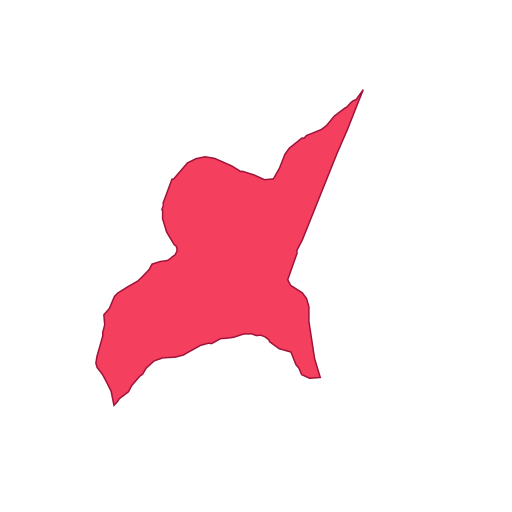 Antigua Guatemala, Sacatepéquez, Guatemala, rotated 206°
{"feature_id": "79465075B72939253081387", "entity_name": "Antigua Guatemala", "entity_type": "district", "adm_level": 2, "iso_a3": "GTM", "parent_name": "Guatemala", "parent_adm1": "Sacatepéquez", "projection": "robinson", "projection_center": [-90.724, 14.538], "detail": "fine", "context": "isolated", "style": "filled", "palette": "rose", "viewbox_px": 512, "rotation_deg": 206, "n_neighbors": 0, "source": "geoboundaries", "source_scale": "gbopen_adm2", "svg_char_len": 1466}
<svg xmlns="http://www.w3.org/2000/svg" viewBox="0 0 512 512"><g transform="rotate(206 256 256)"><path d="M367.0,136.5L361.8,127.8L360.2,119.9L358.7,117.1L354.9,95.8L352.9,89.4L349.9,86.1L341.8,82.1L333.5,76.0L326.9,70.9L318.2,59.5L316.7,64.4L316.3,67.8L311.1,78.1L310.9,85.1L307.7,97.2L306.1,99.9L305.6,106.9L301.5,117.2L295.1,123.6L284.2,129.7L277.7,135.3L275.5,138.7L266.8,151.2L260.5,156.8L257.5,157.8L251.6,166.2L247.2,168.7L240.5,173.1L232.9,180.5L225.8,184.1L220.8,184.6L217.0,186.9L212.6,187.3L207.6,186.3L206.2,184.9L194.5,182.8L182.5,185.0L172.4,175.8L168.4,174.1L163.0,169.4L154.2,169.6L145.0,175.0L158.4,189.5L179.9,220.6L186.2,233.6L192.0,240.0L198.2,243.2L212.0,244.8L217.1,248.6L220.3,276.3L221.7,278.9L221.4,290.8L228.2,384.4L229.3,410.4L231.4,437.0L232.5,452.5L234.6,440.4L236.8,438.0L238.1,435.1L239.2,431.2L239.7,429.5L240.6,428.6L246.9,416.3L249.8,404.2L252.8,398.2L263.4,386.5L264.6,382.7L266.4,382.2L273.3,367.7L274.6,360.1L273.4,345.4L274.2,332.9L281.8,328.3L293.1,328.0L305.5,326.2L306.5,325.2L317.1,326.3L336.0,325.6L345.2,322.9L352.5,317.3L358.4,309.7L363.8,289.1L365.2,288.2L362.7,262.8L361.5,261.1L360.9,256.3L359.9,256.0L356.4,248.7L346.9,238.4L334.3,230.2L332.5,230.1L330.3,228.1L329.2,225.7L329.2,221.5L330.9,218.6L332.0,215.8L333.8,213.0L339.6,209.1L345.9,203.1L346.1,196.9L348.0,191.1L349.9,185.2L351.4,181.5L357.8,172.1L364.0,162.1L365.5,157.8L364.8,144.5L367.0,136.5Z" fill="#f43f5e" stroke="#9f1239" stroke-width="1.5"/></g></svg>